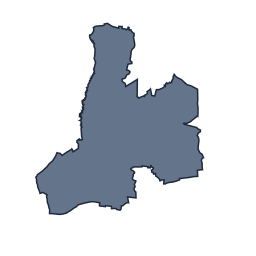 Tinca, Bihor, Romania (Equal Earth projection), rotated 281°
{"feature_id": "2599482B90584172362262", "entity_name": "Tinca", "entity_type": "district", "adm_level": 2, "iso_a3": "ROU", "parent_name": "Romania", "parent_adm1": "Bihor", "projection": "equal_earth", "projection_center": [21.941, 46.761], "detail": "fine", "context": "isolated", "style": "filled", "palette": "slate", "viewbox_px": 256, "rotation_deg": 281, "n_neighbors": 0, "source": "geoboundaries", "source_scale": "gbopen_adm2", "svg_char_len": 5756}
<svg xmlns="http://www.w3.org/2000/svg" viewBox="0 0 256 256"><g transform="rotate(281 128 128)"><path d="M183.0,175.7L182.8,175.5L183.6,174.6L185.7,171.2L186.8,167.0L187.9,164.8L189.5,163.1L186.6,162.5L185.4,163.0L183.6,162.3L182.9,162.4L182.6,162.0L180.9,162.1L180.5,161.4L180.9,160.1L179.7,159.5L179.0,158.1L179.8,157.4L179.5,157.0L177.5,156.4L177.0,155.6L176.5,156.7L175.8,156.6L175.7,156.0L174.0,154.5L171.8,151.4L171.4,150.3L171.1,148.5L164.5,148.2L164.4,145.1L170.6,142.6L169.5,142.0L167.4,139.8L165.9,140.3L165.3,140.2L164.6,139.8L163.5,138.2L162.2,138.1L162.0,137.9L162.4,137.1L159.4,132.6L159.9,132.3L160.2,131.3L160.5,131.3L160.5,131.0L177.5,127.9L168.3,117.9L170.2,117.2L171.3,116.5L172.3,114.0L173.2,113.3L174.5,112.8L175.2,113.0L175.6,114.6L176.7,115.9L179.9,116.6L181.2,118.6L182.8,119.2L183.6,119.2L184.0,118.8L184.7,117.3L184.6,115.7L185.2,115.6L190.6,115.8L192.1,119.5L193.6,119.1L194.4,117.4L195.7,117.0L199.0,117.0L199.7,116.7L200.4,116.9L204.3,116.5L206.4,117.2L208.0,118.5L209.6,118.9L211.7,118.6L218.1,116.1L219.9,116.4L220.3,115.9L221.6,116.1L222.1,115.9L222.4,114.2L223.1,113.9L223.3,113.3L224.1,112.5L224.9,112.2L224.4,110.5L225.3,110.4L225.3,110.0L226.2,109.5L226.8,109.8L227.0,109.3L227.0,108.9L226.0,109.0L224.1,107.7L224.5,107.0L224.7,105.9L224.4,103.2L226.5,102.9L226.0,99.6L224.2,99.8L224.8,92.9L226.8,87.8L225.5,84.8L224.6,85.1L223.9,84.3L221.9,77.3L220.8,75.6L219.8,74.8L218.4,75.6L216.3,75.7L213.8,74.8L212.1,73.5L212.0,72.7L211.5,72.6L209.3,73.3L208.1,74.1L207.8,74.7L207.4,74.8L207.5,75.4L207.0,75.3L206.5,75.7L207.0,75.8L206.6,76.4L206.9,76.5L206.8,76.9L206.3,77.0L206.5,77.2L206.1,77.5L205.8,77.2L205.4,77.2L205.5,77.4L205.3,77.6L204.9,77.6L204.6,78.7L204.4,78.5L203.5,78.6L202.4,79.2L201.6,79.1L199.6,80.4L198.6,80.7L194.5,81.3L191.2,81.6L190.3,81.4L188.6,82.1L188.1,82.7L187.3,83.0L186.8,83.5L186.1,83.4L185.1,83.8L183.9,83.5L181.4,83.5L181.0,83.2L179.5,83.4L179.3,83.1L178.3,83.5L178.1,83.9L177.3,83.9L176.9,84.3L175.9,84.2L175.8,83.9L175.0,84.0L175.0,84.3L174.4,83.7L174.2,83.9L173.6,83.4L173.3,83.5L173.3,83.2L172.5,83.3L172.1,82.9L171.6,83.0L171.6,82.3L171.2,82.3L171.2,82.5L170.7,82.5L170.3,82.8L170.0,82.4L169.7,82.5L169.5,81.8L168.9,82.2L168.3,81.8L167.5,82.1L167.0,81.8L167.0,81.3L165.7,81.5L164.7,81.2L164.5,80.9L164.0,81.0L163.3,80.5L162.4,80.5L161.2,80.9L159.8,80.5L159.8,80.0L159.5,80.1L159.4,79.9L159.1,80.4L158.5,80.4L158.2,80.7L157.3,80.5L157.2,80.2L156.9,80.2L156.8,80.7L156.1,79.9L155.3,79.7L155.2,80.1L154.8,79.6L154.5,80.1L154.3,79.9L154.0,80.0L153.3,79.8L153.2,80.0L152.9,79.9L152.6,80.2L152.3,79.9L151.8,80.3L151.9,80.6L151.5,80.8L150.6,80.7L149.5,80.2L149.5,80.5L148.9,80.5L149.0,80.3L148.2,80.3L148.0,79.9L147.6,79.9L147.7,79.7L147.1,79.6L147.1,78.9L146.6,79.0L146.6,78.6L146.2,78.4L146.0,77.8L145.6,77.8L145.7,77.6L145.2,78.4L145.0,78.0L144.4,78.2L144.6,78.4L144.5,78.5L143.7,78.4L143.6,78.9L142.3,79.1L141.4,79.8L141.6,80.0L139.9,79.6L139.5,80.2L139.3,80.0L139.3,79.6L138.9,79.9L138.5,79.7L138.2,79.9L138.4,80.2L138.2,80.4L137.8,80.3L137.8,80.6L137.0,80.0L135.9,80.1L135.7,79.9L135.8,79.6L135.5,79.8L135.2,79.5L135.4,79.9L135.1,79.9L135.2,80.2L134.4,80.4L134.1,79.7L133.8,79.6L134.0,79.3L133.7,79.3L133.6,79.1L133.8,79.0L133.6,78.8L133.4,79.3L132.7,79.2L132.7,78.8L132.4,79.2L132.0,79.0L132.0,78.3L131.4,78.2L131.5,78.0L129.9,78.2L129.9,78.8L129.7,79.1L130.2,79.2L129.9,79.5L130.4,80.0L129.7,80.4L128.5,80.3L128.4,80.7L128.2,80.7L127.2,80.3L126.9,79.8L126.4,80.1L126.1,79.5L125.9,80.6L124.8,81.1L123.7,80.9L123.5,81.0L123.5,81.3L123.0,81.2L123.0,81.6L122.1,81.7L121.8,81.2L121.7,81.5L121.1,81.5L120.6,82.3L120.4,82.0L119.8,82.5L119.2,81.9L110.9,84.1L108.1,85.4L107.4,84.9L107.5,84.2L106.9,82.9L108.0,82.5L107.2,81.3L106.3,81.3L106.0,80.4L104.1,80.6L103.6,81.6L102.4,82.6L101.4,82.5L100.6,82.9L100.0,82.8L98.6,83.2L93.6,78.1L94.5,78.5L95.2,78.3L96.8,76.8L96.1,76.5L92.7,72.6L88.5,68.5L90.2,66.2L90.0,65.2L90.2,63.0L86.6,62.3L81.4,60.3L77.6,57.3L74.1,55.7L72.5,54.3L69.8,52.6L64.9,48.0L63.4,47.7L62.1,46.9L60.5,47.9L56.9,48.8L54.5,50.3L52.9,50.6L48.3,53.6L47.0,54.1L48.5,56.8L47.0,61.3L45.9,61.0L44.6,61.3L43.0,62.1L39.5,63.1L37.1,64.6L34.0,65.9L33.3,66.6L29.0,67.3L29.5,70.0L30.1,77.3L31.1,80.3L32.6,83.6L36.4,87.7L39.4,90.5L40.9,92.4L43.0,93.7L45.7,98.9L48.7,106.1L49.2,109.8L49.1,114.5L46.2,114.8L46.1,115.5L46.5,120.8L47.4,120.7L47.9,126.4L47.5,126.9L45.7,127.2L46.7,131.4L45.9,132.4L45.8,135.5L46.0,136.1L47.0,136.6L50.3,136.4L50.6,137.6L53.8,140.2L54.6,141.6L54.7,142.9L60.2,140.7L60.9,149.2L66.7,147.9L67.0,146.9L69.6,145.4L70.3,145.5L71.6,146.2L73.2,145.3L74.3,145.1L77.1,145.9L77.7,145.7L77.8,143.5L78.5,142.4L79.3,141.9L81.7,142.2L83.9,142.1L85.2,143.0L85.9,142.9L87.2,140.8L87.2,139.4L87.8,138.8L88.7,138.6L89.1,138.8L90.0,140.4L90.8,140.6L92.5,149.1L93.4,149.0L93.9,155.0L93.1,154.9L92.7,155.2L93.1,156.3L93.0,157.3L93.6,157.6L95.0,157.4L95.5,157.6L95.5,157.8L93.9,159.3L93.9,160.3L93.5,160.6L92.9,160.6L91.6,160.0L91.2,159.0L89.1,159.9L89.0,161.3L87.6,161.9L87.6,162.2L88.6,163.3L88.6,163.7L86.1,164.4L85.6,165.9L84.1,168.3L84.1,168.6L82.3,169.3L82.4,169.9L83.2,170.6L84.0,173.2L79.9,173.7L80.3,175.4L81.6,177.0L82.9,180.1L83.4,182.1L85.3,185.9L86.9,188.5L88.2,188.2L91.1,197.4L92.8,201.7L93.8,205.6L99.8,204.2L101.3,209.1L103.4,208.3L107.5,207.5L110.1,206.2L111.0,206.2L112.5,206.7L113.2,207.8L116.3,205.8L117.5,203.2L120.6,200.9L123.6,200.4L129.3,200.0L132.3,198.9L133.9,197.3L134.7,197.6L136.2,197.8L138.0,199.6L138.8,199.8L140.0,199.2L140.3,197.2L141.6,195.2L142.4,182.6L143.1,181.8L143.6,182.4L143.4,183.7L144.2,185.6L145.0,186.4L145.5,187.4L146.7,188.7L147.4,189.0L151.8,192.9L152.5,193.0L152.6,194.3L156.3,193.8L161.8,192.7L165.2,191.5L169.1,191.1L179.3,188.9L181.3,182.3L181.7,179.3L181.6,178.1L183.0,175.7Z" fill="#64748b" stroke="#1e293b" stroke-width="1.5"/></g></svg>